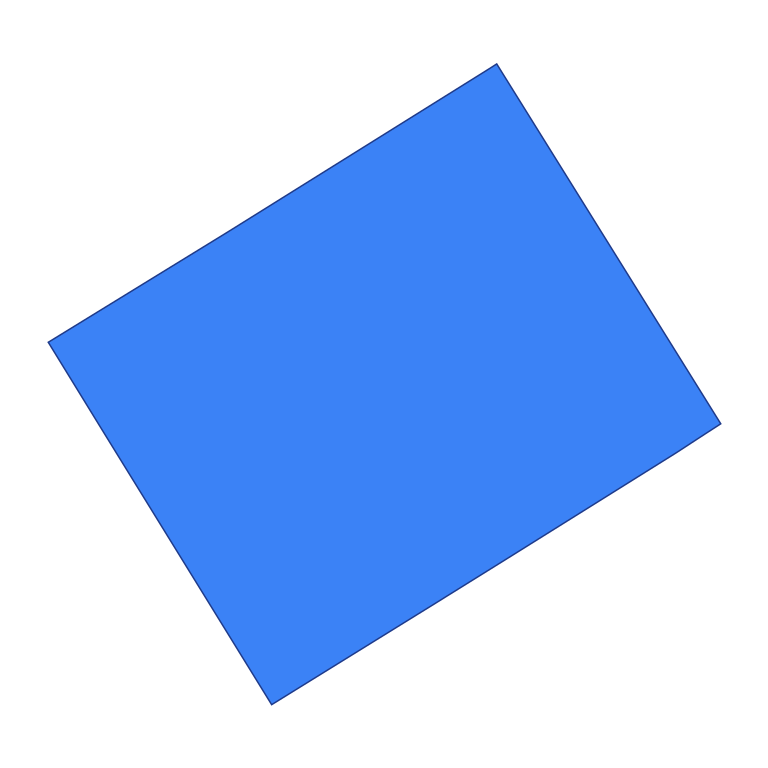 outline of Nobles, Minnesota, United States of America, rotated 328°
{"feature_id": "52423323B36406005077231", "entity_name": "Nobles", "entity_type": "district", "adm_level": 2, "iso_a3": "USA", "parent_name": "United States of America", "parent_adm1": "Minnesota", "projection": "albers", "projection_center": [-95.706, 43.674], "detail": "fine", "context": "isolated", "style": "filled", "palette": "blue", "viewbox_px": 768, "rotation_deg": 328, "n_neighbors": 0, "source": "geoboundaries", "source_scale": "gbopen_adm2", "svg_char_len": 375}
<svg xmlns="http://www.w3.org/2000/svg" viewBox="0 0 768 768"><g transform="rotate(328 384 384)"><path d="M118.8,596.4L288.8,597.1L289.0,597.1L312.4,597.2L324.1,597.2L394.6,597.3L395.3,597.3L595.3,597.2L620.1,596.7L630.5,596.5L648.5,596.2L649.2,172.3L640.4,172.4L333.0,172.3L121.4,170.7L120.6,278.0L118.8,596.4Z" fill="#3b82f6" stroke="#1e3a8a" stroke-width="1.5"/></g></svg>